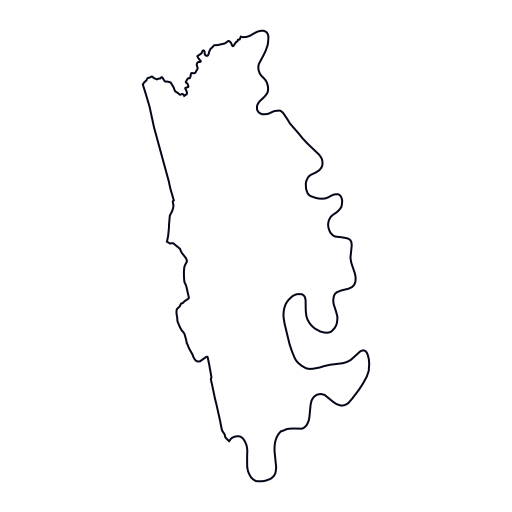 Khlong Khuean, Chachoengsao, Thailand (Equal Earth projection)
{"feature_id": "78962969B67235524404605", "entity_name": "Khlong Khuean", "entity_type": "district", "adm_level": 2, "iso_a3": "THA", "parent_name": "Thailand", "parent_adm1": "Chachoengsao", "projection": "equal_earth", "projection_center": [101.153, 13.774], "detail": "fine", "context": "isolated", "style": "outline", "palette": "ink", "viewbox_px": 512, "rotation_deg": 0, "n_neighbors": 0, "source": "geoboundaries", "source_scale": "gbopen_adm2", "svg_char_len": 5964}
<svg xmlns="http://www.w3.org/2000/svg" viewBox="0 0 512 512"><path d="M240.8,36.7L239.7,39.4L239.3,39.6L238.1,39.7L237.9,39.8L237.5,41.2L237.1,41.5L236.2,41.9L233.4,46.0L233.1,46.1L232.7,46.1L232.2,45.6L231.2,43.3L230.6,42.3L229.0,41.0L228.3,41.0L225.2,43.2L224.6,43.5L217.5,45.1L214.7,45.2L214.0,45.4L212.5,47.1L210.5,48.9L209.1,52.0L208.6,54.2L208.0,55.2L207.5,55.7L207.1,55.8L206.1,55.7L205.1,54.9L204.7,53.8L204.6,51.8L204.4,51.2L203.9,50.6L203.3,50.4L202.5,50.9L201.6,53.1L201.0,53.7L197.4,56.1L197.4,56.5L198.2,57.9L199.4,59.6L200.6,60.8L200.7,61.5L200.4,61.8L200.1,61.9L198.1,62.1L197.5,62.6L197.1,63.3L196.8,64.2L196.8,65.5L197.6,67.7L197.6,68.6L197.4,69.2L196.5,70.5L195.7,72.2L194.9,73.0L194.4,73.2L193.5,73.3L191.9,73.0L191.3,73.2L190.7,74.6L190.6,76.3L189.8,78.1L189.5,78.3L188.4,78.2L187.9,78.5L187.1,79.6L185.9,81.7L185.8,82.1L186.0,82.6L187.2,83.4L187.6,83.9L188.4,86.5L188.1,87.1L185.5,87.8L185.3,88.1L185.3,88.6L185.9,89.7L186.9,92.1L186.9,93.7L186.6,94.4L185.6,94.8L184.2,95.9L183.5,94.6L182.7,94.1L182.1,94.0L180.7,94.6L179.7,94.6L178.3,93.3L175.3,91.4L174.5,89.9L173.6,87.3L170.7,82.5L167.5,81.6L165.6,81.6L165.0,81.4L164.4,80.8L162.3,77.5L161.9,77.2L161.5,77.2L160.2,78.5L158.7,78.6L156.8,79.4L153.6,77.9L152.4,76.7L151.6,76.6L149.6,77.6L148.5,77.8L147.7,78.1L146.9,79.1L146.4,80.4L144.4,82.2L142.8,84.4L146.2,95.3L149.6,106.9L154.0,127.3L168.8,181.4L170.3,188.4L173.8,200.4L173.2,200.8L172.8,201.5L172.9,202.7L173.4,205.1L173.3,207.3L172.3,210.8L169.8,215.7L169.0,224.9L169.0,227.2L168.1,236.2L166.9,241.7L170.1,243.5L170.6,243.5L171.8,243.2L172.8,243.2L173.4,243.4L179.5,248.4L180.1,249.0L180.9,251.2L181.7,252.7L185.9,258.1L186.6,259.6L186.8,260.7L186.9,261.7L185.3,264.5L184.3,267.1L183.9,271.5L184.0,277.2L184.3,281.2L184.5,282.2L185.9,285.2L186.3,286.3L188.9,297.8L188.4,298.7L184.7,301.1L182.8,303.0L181.1,303.6L179.6,306.5L177.3,308.7L176.8,309.4L176.5,310.8L176.5,313.6L177.2,317.6L177.4,320.7L177.6,321.7L180.0,327.4L181.9,330.7L183.2,332.0L184.5,334.0L186.1,339.7L186.8,343.2L187.4,344.3L189.2,348.7L192.4,354.3L193.5,357.2L194.4,358.9L195.3,360.0L195.8,360.6L197.6,361.5L199.9,361.4L206.4,356.8L207.4,356.8L207.7,357.4L209.1,364.1L211.4,377.0L211.4,377.7L210.8,379.0L211.1,380.6L212.1,384.9L215.0,398.7L216.4,404.3L219.8,419.5L221.8,429.6L222.3,430.9L224.6,434.3L225.3,437.2L226.0,438.1L229.1,441.2L230.8,438.9L232.0,437.9L233.9,436.9L236.1,436.4L238.4,436.2L240.0,436.5L241.8,437.5L243.4,439.0L245.2,442.0L246.5,445.2L246.8,446.6L247.1,448.6L247.3,450.6L247.1,458.1L247.2,467.1L248.0,471.2L249.0,473.7L250.5,476.5L251.0,477.3L252.7,479.0L254.8,480.5L256.2,481.1L258.9,481.3L262.6,481.2L265.1,480.8L269.2,479.4L271.4,478.3L274.0,475.8L275.1,473.8L275.7,471.6L276.1,468.4L276.1,466.6L274.6,452.0L274.5,447.7L274.8,444.1L275.4,441.0L276.5,437.7L277.8,435.2L279.5,432.8L281.2,431.1L281.9,431.2L286.5,429.2L289.5,428.7L293.6,428.5L301.3,428.7L302.8,428.4L304.0,427.7L305.1,426.8L306.6,425.2L308.2,422.0L309.0,419.5L309.5,416.1L310.6,404.7L311.5,400.8L312.2,399.3L313.7,397.1L314.7,396.2L316.8,394.8L319.1,394.2L320.9,394.0L324.2,394.8L325.0,395.2L332.8,401.6L335.7,403.6L337.1,404.3L340.4,405.4L341.5,405.6L343.4,405.4L344.2,405.2L345.6,404.7L348.0,403.3L348.7,402.7L352.2,398.6L359.2,389.4L363.1,383.3L366.8,376.5L368.4,371.9L368.8,370.4L369.2,363.6L368.8,359.0L367.8,355.0L366.7,352.5L365.4,351.1L364.6,350.7L363.5,350.4L362.5,350.5L361.2,350.9L359.6,351.9L357.4,354.0L350.8,359.9L349.6,360.6L346.8,362.0L342.9,363.2L329.8,364.8L324.1,366.1L319.7,367.5L312.7,368.8L309.1,368.9L308.0,368.7L305.9,368.2L301.8,365.9L298.4,363.1L296.9,361.5L295.9,360.2L294.7,358.0L291.8,351.0L289.5,344.0L284.7,324.2L283.8,319.1L283.5,316.1L283.5,313.7L283.8,310.6L284.3,308.1L285.6,304.3L286.8,302.2L288.6,299.8L290.3,298.1L292.4,296.2L294.2,295.2L296.5,294.3L297.9,294.1L301.2,294.2L302.0,294.3L303.1,295.0L304.1,295.9L305.0,297.3L305.6,300.3L305.7,308.6L305.9,312.3L306.4,316.2L307.5,319.6L309.4,322.9L311.0,325.0L312.9,326.9L314.8,328.5L319.7,331.2L321.2,331.8L324.7,332.6L327.4,332.7L329.6,332.3L330.8,331.8L331.8,331.1L334.8,327.8L336.2,325.3L337.0,322.5L337.4,318.4L337.3,316.2L336.0,311.4L334.0,305.2L333.5,303.3L333.3,301.2L333.3,299.6L333.7,296.9L334.0,295.8L334.7,294.3L335.3,293.5L337.1,292.1L338.4,291.6L341.1,290.5L348.5,288.7L351.8,287.2L353.8,285.3L354.6,284.0L355.4,281.7L355.6,279.1L355.6,277.4L355.3,275.3L354.6,272.6L351.7,264.1L351.1,261.9L350.6,258.9L350.5,257.2L351.7,245.7L351.5,242.7L351.1,241.5L350.5,240.4L349.9,239.7L348.8,239.0L347.4,238.4L345.8,238.0L341.1,237.2L335.7,236.6L334.6,236.3L333.3,235.6L332.4,234.9L330.3,232.5L329.4,230.6L328.5,227.9L328.2,225.9L328.1,224.5L328.2,223.4L328.7,220.9L329.3,219.4L330.2,217.8L330.8,216.8L332.3,215.3L336.9,212.1L338.3,210.8L339.9,209.1L341.0,207.5L341.5,206.4L341.9,204.4L342.2,200.9L341.8,198.8L341.3,197.4L340.4,195.8L339.2,194.8L337.9,194.2L334.5,194.4L332.0,195.3L328.1,197.4L325.5,198.4L322.9,198.7L319.2,198.6L316.1,198.0L311.4,196.4L309.8,195.6L309.0,195.0L308.2,194.1L307.4,192.8L306.9,191.4L306.4,190.0L306.0,188.0L305.8,183.8L305.9,182.7L306.3,181.0L307.8,177.8L308.9,176.3L310.9,174.8L315.6,172.6L318.8,170.6L320.2,169.2L321.8,166.9L322.2,165.6L322.5,164.2L322.4,161.4L322.1,159.7L321.7,158.6L320.3,156.3L319.1,154.7L307.3,143.4L302.5,138.3L299.2,134.1L290.0,123.6L287.3,119.1L283.3,113.2L282.0,111.9L281.1,111.2L280.1,110.7L279.1,110.6L275.3,110.9L273.5,111.4L268.9,113.5L267.3,114.0L263.5,114.3L262.1,114.2L260.0,113.3L258.6,112.2L257.2,110.1L257.0,108.7L257.0,106.5L257.3,105.2L257.7,104.2L258.7,102.6L259.7,101.2L263.4,97.8L265.7,95.3L266.8,93.7L267.6,92.3L268.0,90.5L268.1,87.8L267.9,86.2L267.2,83.6L266.4,81.6L265.6,80.3L264.1,78.5L261.1,75.5L259.8,73.5L258.7,70.6L258.4,68.5L258.3,67.0L258.5,65.3L259.1,63.5L263.8,54.7L265.8,50.4L267.6,45.2L268.0,43.0L268.4,37.7L268.3,35.9L267.7,34.0L266.8,32.5L265.5,31.5L263.7,30.8L261.9,30.7L260.0,31.0L257.8,31.5L254.9,32.9L249.7,35.9L246.5,36.9L242.8,37.2L240.8,36.7Z" fill="none" stroke="#020617" stroke-width="2"/></svg>